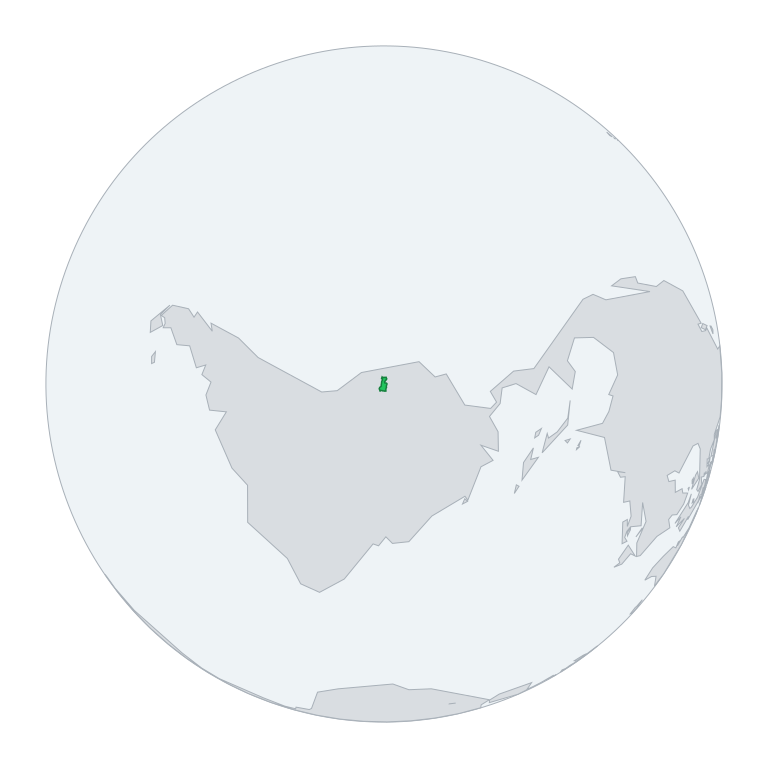 the Earth from above Pasco, rotated 111°
{"feature_id": "PER-581", "entity_name": "Pasco", "entity_type": "Department", "adm_level": 1, "iso_a3": "PER", "parent_name": "Peru", "parent_adm1": "", "projection": "orthographic", "projection_center": [-75.545, -10.377], "detail": "fine", "context": "on_globe", "style": "filled", "palette": "green", "viewbox_px": 768, "rotation_deg": 111, "n_neighbors": 0, "source": "natural_earth", "source_scale": "10m", "svg_char_len": 7357}
<svg xmlns="http://www.w3.org/2000/svg" viewBox="0 0 768 768"><g transform="rotate(111 384 384)"><circle cx="384" cy="384" r="338" fill="#eef3f6" stroke="#a8b0b8"/><path d="M277.6,63.3L294.3,58.4L312.6,57.6L317.7,55.7L327.8,55.8L337.5,54.0L338.1,55.4L345.3,52.9L342.9,52.1L345.2,51.0L350.7,50.2L352.5,51.4L350.0,52.0L353.4,52.1L351.9,53.2L355.7,52.2L357.2,54.5L363.9,51.3L371.8,52.3L370.6,54.2L360.1,55.2L331.3,65.5L326.9,69.6L331.1,73.3L361.4,76.7L360.8,81.4L367.9,86.9L373.0,83.1L369.4,77.7L380.8,73.2L374.9,68.2L378.7,66.0L377.0,61.4L388.7,61.2L401.0,63.8L403.0,68.0L408.5,69.7L415.8,65.6L428.5,74.6L452.4,83.3L454.5,86.4L441.8,91.0L418.4,90.1L401.9,100.1L424.2,93.2L428.9,102.6L434.5,104.5L441.0,104.3L443.7,100.8L447.8,104.5L427.3,111.6L423.3,108.3L429.8,105.8L418.9,105.9L405.1,112.6L408.6,117.9L384.1,125.6L386.3,129.8L382.1,134.5L380.3,126.9L383.1,141.2L354.9,159.0L358.2,187.6L342.4,165.9L329.1,164.2L313.1,165.9L313.3,170.4L291.8,169.1L272.4,181.0L265.4,205.1L272.7,222.7L296.6,221.1L303.8,209.9L321.3,206.5L308.8,236.1L339.4,238.3L336.3,260.9L345.3,272.3L360.6,268.6L376.5,273.9L387.7,260.4L405.8,253.1L406.4,271.6L416.2,254.8L426.5,263.8L462.4,264.1L459.8,268.2L490.1,292.0L522.3,304.3L529.8,319.0L526.0,327.5L537.0,331.1L537.2,336.9L580.3,351.2L601.6,369.5L600.4,390.2L581.5,411.7L562.0,461.7L527.4,475.1L517.0,495.8L487.3,525.1L466.5,521.2L470.9,537.5L458.1,546.3L444.2,546.2L440.5,557.4L430.1,557.2L436.1,565.0L418.0,579.1L421.5,591.5L407.9,603.1L410.6,610.3L405.9,610.0L400.7,612.5L399.8,616.5L386.2,609.6L383.8,593.4L389.7,585.3L383.6,583.9L396.3,563.2L389.2,567.3L393.2,536.3L404.4,511.0L413.8,439.3L407.0,425.3L381.4,409.2L350.6,359.3L359.1,338.8L352.3,329.5L374.7,301.0L368.6,275.7L360.6,272.4L352.8,282.1L325.5,267.6L315.9,249.6L233.6,228.6L225.4,221.0L225.9,207.0L202.4,168.8L210.8,206.7L200.9,200.5L193.7,187.8L198.8,183.3L195.4,164.7L187.1,159.8L190.0,138.4L213.6,109.7L215.6,112.3L221.1,106.1L218.9,102.9L216.1,102.6L231.8,85.0L228.1,84.2L252.5,72.7L277.6,63.3ZM69.0,266.4L71.5,259.3L71.1,262.3L69.0,266.4ZM72.4,256.0L71.6,258.2L72.1,256.5L72.4,256.0ZM72.3,255.5L72.3,255.9L72.0,256.2L72.3,255.5ZM71.8,255.9L72.2,255.4L72.0,255.7L71.8,255.9ZM356.5,197.8L391.6,211.7L371.7,213.9L375.5,211.0L366.6,205.1L350.0,200.2L332.6,204.3L356.5,197.8ZM72.2,254.1L72.4,253.5L73.0,252.3L72.2,254.1ZM372.0,180.9L365.9,179.9L371.9,179.7L372.0,180.9ZM213.7,103.3L218.1,103.4L217.7,108.0L213.3,108.1L213.7,103.3ZM215.5,96.4L219.4,94.8L213.0,100.4L212.7,99.5L215.5,96.4ZM370.7,62.0L373.8,61.7L372.5,62.7L370.7,62.0ZM367.0,60.5L363.3,61.9L361.0,61.4L363.4,60.6L367.0,60.5ZM372.1,59.1L357.5,60.5L353.5,59.9L359.1,56.4L372.1,59.1ZM339.8,52.3L342.6,53.1L335.2,53.3L339.8,52.3ZM334.4,52.8L308.3,57.1L306.8,56.2L315.9,54.6L309.9,54.8L322.1,52.1L328.1,51.5L326.6,52.4L332.4,50.8L334.4,52.8ZM345.6,50.6L340.4,51.2L338.8,50.4L348.9,49.1L346.2,49.7L345.6,50.6ZM302.4,56.5L303.0,56.0L313.0,53.6L314.6,53.3L322.3,52.1L302.4,56.5ZM349.3,49.5L354.0,48.5L359.7,48.4L350.5,50.0L349.3,49.5ZM334.2,50.9L333.9,50.6L337.3,50.2L334.2,50.9ZM382.8,48.5L376.6,48.5L375.3,48.0L382.8,48.5ZM355.3,48.2L353.3,48.3L352.1,48.3L356.3,47.7L355.3,48.2ZM328.8,50.8L332.8,50.1L326.1,51.1L333.4,49.9L337.2,49.5L338.6,49.2L340.8,48.9L341.4,49.0L328.8,50.8ZM356.8,47.3L364.2,47.3L375.9,46.9L377.4,47.3L358.3,47.9L356.8,47.3ZM347.7,48.2L353.7,47.6L352.6,48.0L347.8,48.6L347.7,48.2ZM360.5,47.0L358.6,47.1L361.4,46.9L360.5,47.0ZM358.9,47.0L360.8,46.9L357.6,47.2L358.3,47.1L358.9,47.0ZM354.1,47.4L355.1,47.3L351.6,47.6L354.1,47.4ZM372.6,46.3L372.9,46.3L365.8,46.6L364.6,46.6L372.6,46.3ZM408.6,624.2L387.1,612.1L399.3,617.6L408.7,611.5L419.6,620.7L408.6,624.2ZM435.7,609.0L446.0,606.1L448.2,608.3L441.6,610.8L435.7,609.0ZM625.8,147.9L626.0,148.2L643.7,171.5L641.3,172.2L632.2,165.3L609.9,139.2L617.8,141.1L610.0,133.4L594.9,121.2L598.5,123.4L593.4,119.1L595.0,120.0L593.9,119.2L625.8,147.9ZM661.6,576.6L663.0,574.0L671.0,561.9L684.8,536.1L707.3,476.5L714.5,452.5L718.1,432.2L720.2,384.4L720.3,361.2L718.9,350.1L717.2,350.3L714.7,337.1L712.9,335.4L695.5,335.6L685.1,317.7L660.9,268.2L660.5,251.2L651.6,230.6L641.0,172.5L648.7,178.3L651.6,177.7L665.4,196.9L677.8,217.1L688.8,238.2L698.3,259.9L706.2,282.2L712.6,305.1L717.3,328.3L720.4,351.8L721.8,375.5L721.6,399.2L719.7,422.9L716.1,446.3L710.9,469.5L704.1,492.2L695.8,514.4L685.9,535.9L674.5,556.7L661.6,576.6ZM656.2,202.7L659.2,208.5L659.3,208.5L656.2,202.7ZM463.6,263.9L467.9,267.7L462.2,267.5L463.6,263.9ZM369.1,221.1L376.4,221.3L380.3,224.0L374.7,225.0L369.1,221.1ZM431.1,221.3L439.5,223.1L430.7,224.3L431.1,221.3ZM397.1,213.6L424.3,220.7L407.3,225.6L390.1,221.6L401.9,220.0L397.1,213.6ZM368.6,190.5L373.3,191.6L371.9,194.7L368.6,190.5ZM376.3,180.8L374.5,181.1L372.2,178.7L376.3,180.8ZM430.1,102.2L431.8,101.7L438.5,102.3L435.5,103.7L430.1,102.2ZM467.0,97.5L472.7,103.7L466.5,99.8L463.5,102.3L446.9,98.2L454.6,87.8L454.1,92.9L467.0,97.5ZM426.9,91.1L436.5,94.0L425.7,91.3L426.9,91.1ZM563.1,98.2L568.0,101.1L573.8,105.2L574.2,107.2L565.8,100.8L563.1,98.2ZM551.8,90.7L555.9,93.1L557.0,93.7L558.5,94.6L564.3,98.2L575.8,105.8L589.9,116.0L587.1,115.3L584.5,112.5L579.9,109.5L573.6,104.4L552.9,91.5L551.8,90.7L551.8,90.7ZM501.8,68.7L492.8,65.5L502.1,67.5L509.4,70.4L510.3,71.7L502.1,69.2L501.8,68.7ZM384.7,53.7L380.7,54.1L380.2,53.5L383.2,52.7L384.7,53.7ZM380.0,48.5L401.9,51.9L398.4,52.3L415.4,55.1L412.8,57.6L401.8,55.4L412.6,60.0L401.6,59.2L409.9,62.4L385.8,57.5L376.4,57.7L387.9,56.4L390.6,53.9L388.9,52.9L377.2,50.7L358.3,51.0L357.9,49.5L362.7,48.4L367.2,48.1L366.0,49.0L372.9,48.0L374.6,49.1L380.0,48.5ZM460.4,54.8L460.5,54.8L466.8,56.4L463.4,55.6L474.3,58.5L466.4,56.5L470.5,57.7L476.0,59.0L466.0,61.1L467.8,65.2L473.7,70.2L459.4,67.3L444.8,61.5L432.2,55.7L432.4,52.8L425.9,52.6L424.1,51.4L430.0,52.1L419.9,50.5L420.0,49.8L408.7,47.6L394.0,46.8L389.5,46.5L395.3,46.5L386.7,46.2L394.6,46.2L394.3,46.2L427.6,48.9L460.4,54.8ZM383.5,46.1L382.5,46.1L384.2,46.1L376.9,46.7L365.0,47.0L368.1,46.7L368.4,46.5L372.1,46.5L369.4,46.4L373.6,46.2L383.5,46.1Z" fill="#d9dde1" stroke="#a8b0b8" stroke-width="1"/><path d="M389.9,379.7L390.0,379.9L390.1,380.0L390.2,380.3L390.4,380.9L390.5,381.1L390.4,381.3L390.4,381.5L390.5,381.8L390.8,382.3L390.9,382.5L390.8,383.5L391.0,384.1L391.2,384.4L391.2,384.7L391.2,384.8L391.3,384.8L391.8,385.0L392.0,385.1L392.0,385.3L391.9,385.4L391.6,385.5L391.4,385.6L391.0,385.9L390.9,386.1L390.6,386.4L390.2,386.7L390.0,386.8L389.0,386.8L388.4,386.6L388.2,386.5L387.7,386.1L387.4,385.9L387.2,385.8L386.9,385.8L386.7,385.9L386.6,386.0L386.4,386.1L385.5,386.3L385.3,386.4L385.1,386.4L384.6,386.5L384.1,386.6L382.8,387.0L381.4,387.0L381.3,386.9L381.2,386.8L380.6,387.1L380.3,387.2L380.2,387.2L379.9,387.2L379.7,387.3L379.8,387.6L379.8,387.9L379.8,388.2L379.0,388.3L378.9,388.3L378.5,388.3L378.6,388.2L378.4,387.9L378.1,387.7L378.1,387.2L378.0,386.7L377.8,386.3L377.7,386.2L377.6,385.8L377.6,385.7L377.4,385.3L377.3,385.2L377.2,384.8L377.2,384.7L377.0,384.4L377.4,384.1L377.6,384.0L377.9,383.5L378.0,383.4L378.4,383.3L379.1,383.3L379.3,383.4L379.6,383.5L379.8,383.7L379.9,383.9L380.0,383.9L381.2,384.0L381.4,384.1L381.7,384.3L382.5,383.9L382.7,383.7L382.6,383.4L382.4,382.4L382.3,382.2L382.4,381.8L382.5,381.6L382.6,381.4L382.8,381.3L383.1,381.2L383.6,381.1L384.3,381.2L384.7,381.1L385.1,381.0L385.3,381.0L386.4,380.5L386.5,380.4L387.3,380.6L388.5,380.3L389.9,379.7Z" fill="#22c55e" stroke="#15803d" stroke-width="1.5"/></g></svg>